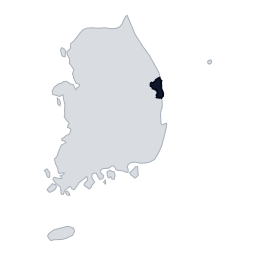 Uljin-gun, Gangwon, South Korea (highlighted)
{"feature_id": "91817680B88731995383072", "entity_name": "Uljin-gun", "entity_type": "district", "adm_level": 2, "iso_a3": "KOR", "parent_name": "South Korea", "parent_adm1": "Gangwon", "projection": "albers", "projection_center": [129.325, 36.894], "detail": "fine", "context": "in_parent", "style": "filled", "palette": "ink", "viewbox_px": 256, "rotation_deg": 0, "n_neighbors": 0, "source": "geoboundaries", "source_scale": "gbopen_adm2", "svg_char_len": 4489}
<svg xmlns="http://www.w3.org/2000/svg" viewBox="0 0 256 256"><path d="M69.3,49.5L70.3,48.7L70.4,47.6L70.5,43.8L73.5,41.3L77.7,36.1L79.8,33.3L82.1,30.6L84.8,28.9L87.5,28.1L91.6,27.8L99.4,28.3L100.9,28.0L106.4,27.8L107.7,28.3L111.6,28.7L116.0,28.4L118.2,27.6L120.3,26.3L122.1,23.9L124.0,19.5L126.0,16.0L127.2,15.4L135.0,34.1L142.7,46.3L149.2,55.1L158.6,72.0L161.4,81.0L161.7,86.6L163.3,94.3L161.9,98.7L162.3,105.6L161.7,109.2L160.6,111.8L160.5,116.8L160.9,119.5L160.9,123.1L161.7,124.5L162.8,125.0L164.5,123.7L166.7,123.2L166.3,127.5L163.7,138.4L161.5,146.3L158.4,153.2L154.5,159.5L149.8,162.0L146.5,162.9L140.1,163.2L134.9,162.1L130.4,162.8L128.6,164.1L127.2,166.4L128.2,169.9L128.0,172.4L126.1,172.2L122.3,170.7L118.0,170.4L116.0,169.7L114.1,165.9L112.0,166.0L108.5,168.2L103.0,168.6L101.1,169.7L100.4,171.3L101.1,173.2L103.8,175.8L102.9,178.4L100.0,179.6L97.7,176.4L96.4,173.3L94.8,173.1L92.2,173.9L91.7,177.2L92.8,179.5L94.7,182.2L91.9,185.2L91.2,187.4L89.2,188.9L84.0,185.3L84.8,182.9L87.2,180.5L87.5,178.1L86.8,176.6L79.2,182.6L74.4,189.6L72.0,189.0L71.0,187.1L69.6,186.4L64.5,190.8L63.5,194.3L61.6,194.4L60.9,192.9L60.9,189.6L60.1,186.9L55.1,182.7L52.9,179.1L54.2,177.2L58.4,178.4L61.9,178.4L61.2,176.7L60.1,175.9L62.4,175.0L64.4,173.2L62.8,172.6L60.4,173.6L58.4,173.0L57.8,168.4L55.5,163.7L54.4,159.1L56.9,156.5L58.2,152.5L60.6,146.6L61.8,144.7L64.8,143.4L66.0,142.0L64.3,141.1L61.7,140.3L61.8,138.6L63.6,137.8L65.7,135.9L69.7,133.8L71.0,129.5L69.9,128.4L67.5,127.3L68.1,125.1L69.2,123.5L68.8,122.5L66.0,119.6L64.2,117.0L64.8,114.1L64.5,109.7L64.9,106.0L64.8,104.0L63.6,99.4L63.1,94.9L61.2,95.5L59.7,96.5L54.4,94.8L52.8,94.6L52.2,91.2L54.2,87.2L58.8,83.7L61.4,83.3L63.4,81.7L66.5,81.3L70.1,83.9L73.3,84.5L75.0,88.8L76.1,89.7L76.4,88.2L79.1,86.4L79.7,85.0L79.2,84.2L76.2,83.4L73.6,78.0L73.3,75.7L72.3,74.2L73.9,70.0L70.9,65.1L69.4,63.5L69.7,59.1L68.2,56.3L67.3,54.8L66.8,52.1L67.4,51.0L68.8,50.6L69.3,49.5ZM53.1,239.8L51.5,240.6L50.1,240.0L49.7,239.6L48.0,237.1L47.6,235.9L48.8,233.6L53.8,229.9L66.4,226.5L68.7,226.4L73.6,228.2L74.5,231.2L73.6,233.7L72.4,235.4L66.6,238.2L62.1,239.4L53.1,239.8ZM138.2,175.5L134.9,178.1L130.6,174.6L129.6,172.7L132.9,169.9L135.7,166.7L137.6,166.5L138.2,175.5ZM115.0,175.0L114.5,179.1L112.1,179.2L110.7,176.6L109.1,177.8L108.3,177.9L107.2,174.6L107.0,172.0L109.9,170.1L111.6,171.3L114.1,171.9L115.0,175.0ZM51.4,191.8L49.2,192.3L48.0,190.8L47.1,190.4L47.7,188.6L51.4,185.0L52.1,183.7L55.4,184.6L56.6,186.6L55.0,189.5L51.4,191.8ZM65.5,51.3L65.1,56.8L63.3,56.5L62.1,55.9L61.6,54.8L60.5,49.6L62.0,47.6L64.6,49.3L65.5,51.3ZM49.8,176.6L49.3,177.6L47.8,177.2L46.3,174.3L45.8,172.0L44.3,170.7L46.8,168.8L49.8,172.5L49.8,176.6ZM60.5,103.2L59.9,105.9L57.7,104.0L57.3,98.1L59.5,99.9L60.5,103.2ZM211.1,63.0L209.6,64.3L207.8,63.0L207.6,61.7L208.5,60.6L210.7,59.8L211.7,60.8L211.1,63.0ZM69.3,193.4L69.8,195.4L67.1,194.9L65.6,193.0L65.9,191.4L67.5,191.2L69.3,193.4ZM105.7,182.8L105.3,184.1L103.6,182.1L105.3,180.0L105.7,182.8Z" fill="#d9dde1" stroke="#a8b0b8" stroke-width="1"/><path d="M153.7,82.0L153.3,82.7L152.8,82.8L152.2,82.7L151.6,82.4L151.4,82.4L150.8,82.9L150.4,83.4L150.4,84.0L150.4,86.1L150.6,86.3L151.1,86.5L151.6,86.8L152.2,87.4L152.4,88.6L152.5,88.6L152.8,88.7L153.3,88.8L153.8,88.9L154.0,89.2L154.6,89.5L155.7,90.0L156.2,89.2L156.4,89.1L156.7,89.3L156.7,89.8L156.5,90.2L156.5,90.8L156.7,91.0L157.1,91.4L157.1,91.7L157.1,92.1L157.6,92.5L157.7,92.9L157.7,93.3L157.3,93.7L156.9,94.1L156.6,94.3L156.4,95.0L156.4,95.4L156.9,95.6L157.0,96.1L156.9,96.5L156.7,97.0L156.3,97.4L156.6,97.6L157.2,97.7L157.7,97.6L158.4,97.8L158.9,98.0L159.4,98.0L159.9,97.9L160.2,97.6L160.6,97.7L161.0,98.1L161.3,98.3L161.5,98.0L161.6,97.7L161.8,97.3L162.1,97.1L162.3,97.0L162.6,96.7L162.8,96.5L163.0,96.2L163.3,96.0L163.2,95.6L163.2,95.2L163.4,94.9L163.3,94.6L163.2,94.3L163.1,93.9L163.1,93.7L163.4,93.2L162.8,92.0L162.7,91.2L162.2,90.3L161.6,89.7L161.5,89.0L161.4,88.6L161.3,88.3L161.3,87.7L161.3,87.4L161.3,87.0L161.4,86.6L161.5,86.3L161.5,85.9L161.4,85.0L161.3,84.7L161.1,84.4L161.1,84.2L161.3,83.8L161.4,83.6L161.3,82.9L161.2,82.6L161.1,82.3L161.2,82.0L161.3,81.8L161.2,81.4L161.3,81.2L161.7,81.0L161.7,80.8L161.5,80.6L161.2,80.4L160.9,80.2L160.7,80.0L160.3,79.4L160.1,79.2L159.9,78.8L160.0,78.6L159.9,78.3L159.9,78.0L159.6,77.5L159.2,77.7L158.7,77.8L158.3,78.1L157.7,78.4L157.2,78.8L156.8,79.1L156.3,79.3L155.7,79.8L155.3,80.3L155.2,80.6L155.2,81.1L155.2,81.5L155.2,81.9L154.8,82.0L154.3,82.0L153.7,82.0L153.7,82.0Z" fill="#0f172a" stroke="#020617" stroke-width="1.5"/></svg>